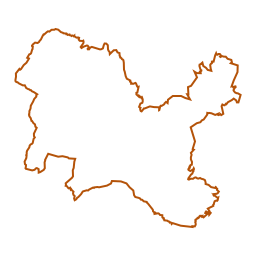 the district of Santa María de los Ángeles, Jalisco, Mexico
{"feature_id": "50627088B16620739147386", "entity_name": "Santa María de los Ángeles", "entity_type": "district", "adm_level": 2, "iso_a3": "MEX", "parent_name": "Mexico", "parent_adm1": "Jalisco", "projection": "natural_earth1", "projection_center": [-103.187, 22.191], "detail": "fine", "context": "isolated", "style": "outline", "palette": "amber", "viewbox_px": 256, "rotation_deg": 0, "n_neighbors": 0, "source": "geoboundaries", "source_scale": "gbopen_adm2", "svg_char_len": 5733}
<svg xmlns="http://www.w3.org/2000/svg" viewBox="0 0 256 256"><path d="M171.7,223.9L172.6,223.1L180.8,225.7L192.5,227.0L192.4,226.2L194.8,226.4L195.7,224.7L195.6,222.9L195.2,222.1L195.8,221.0L195.3,220.1L195.5,219.7L197.1,218.7L197.5,217.9L198.1,218.2L198.9,217.6L199.2,216.6L200.0,215.8L200.8,215.8L201.2,216.4L201.5,215.9L202.4,215.8L202.1,216.6L203.5,217.4L207.2,214.1L207.1,213.0L205.3,213.0L205.4,212.4L206.1,211.5L207.2,212.4L208.7,211.9L209.2,214.8L210.7,212.9L209.0,211.2L209.3,210.9L207.8,208.6L213.3,205.9L213.2,204.8L213.8,204.3L214.0,203.1L214.7,201.2L216.4,200.5L217.1,200.8L217.7,200.1L218.2,197.6L217.7,197.9L214.4,195.4L214.0,195.2L214.2,195.5L213.9,195.6L213.5,195.0L213.7,194.1L216.6,193.8L217.8,193.1L218.8,191.6L217.0,189.9L217.2,188.8L216.5,188.4L216.1,187.4L215.7,187.1L215.2,188.0L211.1,187.1L208.6,184.9L205.6,184.0L205.6,182.4L205.0,180.2L203.5,179.3L201.4,178.8L200.1,178.0L198.3,178.6L197.3,178.4L195.8,177.4L194.5,177.7L193.0,178.8L190.9,178.7L188.9,179.6L188.2,179.3L188.4,178.3L191.0,174.6L192.3,173.6L192.9,171.9L193.5,171.1L193.5,170.1L194.0,169.0L193.7,168.3L193.2,169.4L190.3,171.0L188.6,170.0L188.3,169.2L189.7,167.9L189.2,167.4L189.7,166.2L190.2,166.2L190.5,165.1L191.8,164.7L192.0,161.9L190.9,159.4L190.9,157.2L191.6,154.8L190.9,152.9L193.8,149.7L192.7,149.3L192.8,148.6L195.0,141.4L190.7,127.3L196.8,123.2L200.4,122.2L201.8,120.4L203.7,119.5L207.1,114.8L207.3,112.9L208.4,113.2L209.0,112.9L211.5,113.3L215.2,114.9L217.5,114.0L217.1,114.5L218.7,115.1L220.3,114.1L221.2,115.1L223.3,113.8L221.6,106.2L222.4,104.5L223.7,105.2L224.6,105.3L225.9,103.8L226.4,104.2L227.9,102.2L231.8,100.1L233.7,98.6L236.2,100.4L236.9,102.4L238.4,102.4L240.6,94.9L237.8,93.3L236.6,93.2L235.1,92.5L233.8,90.9L233.5,90.1L234.7,87.9L235.6,87.2L235.5,86.4L235.2,86.3L233.2,87.3L232.4,86.2L231.6,86.4L233.8,80.3L237.5,72.1L237.7,65.4L230.8,63.2L231.9,62.2L231.3,59.9L227.6,58.8L225.8,56.7L223.6,56.6L221.4,55.9L221.2,56.5L220.6,57.0L220.0,56.6L220.7,55.7L220.6,54.9L219.8,54.0L218.3,54.0L217.9,54.5L217.2,54.8L216.5,54.5L216.1,53.3L215.2,55.3L213.6,61.6L212.7,61.5L212.4,62.1L211.9,61.9L211.8,63.3L210.8,63.9L210.2,65.0L210.7,68.6L211.3,70.8L207.7,69.9L206.0,67.8L203.3,66.0L202.4,62.6L200.9,63.9L200.9,64.2L199.6,64.6L199.4,65.9L200.3,69.0L200.6,69.7L201.4,70.3L201.3,70.9L199.8,71.6L199.7,72.3L200.6,72.6L200.7,73.2L196.8,73.1L194.5,71.7L197.0,77.4L191.1,85.8L188.0,87.1L188.4,94.4L187.2,94.3L190.0,99.4L185.3,98.0L181.1,96.0L172.8,96.0L168.0,99.7L167.6,103.1L166.0,101.9L164.5,103.4L164.3,104.1L163.9,104.5L161.6,105.9L160.8,105.7L160.3,106.2L159.3,110.1L159.1,110.2L159.2,107.3L154.0,107.1L149.9,106.4L144.6,108.5L144.0,108.4L141.1,112.0L141.2,111.6L140.6,110.8L140.2,109.5L140.1,108.1L140.4,107.8L139.1,106.9L140.4,103.6L142.3,102.8L142.7,101.5L142.7,99.4L142.0,97.4L141.4,98.0L140.7,96.8L140.3,97.0L139.1,95.8L138.9,96.7L136.4,94.4L136.4,92.8L137.3,92.6L138.6,86.7L137.6,86.9L137.2,86.5L136.0,83.4L135.4,82.9L133.3,83.8L131.1,83.7L131.3,82.5L130.0,81.6L130.3,80.5L126.8,78.7L125.7,76.2L124.7,71.6L124.0,69.7L123.8,62.7L123.4,60.2L122.9,59.6L122.0,59.2L121.4,58.1L120.2,57.5L120.2,56.4L119.6,55.7L119.5,53.1L117.5,52.4L116.3,50.1L113.7,50.3L109.8,54.1L109.6,52.0L108.5,50.7L108.0,49.3L107.8,45.2L106.3,43.6L104.6,43.5L103.8,45.1L102.9,48.4L101.3,49.2L100.0,49.4L91.8,46.9L90.1,47.7L89.1,49.3L87.8,49.3L87.6,48.9L88.5,47.7L88.6,46.9L87.7,45.7L86.9,45.5L83.8,46.6L81.5,48.0L80.7,47.0L83.3,43.3L83.6,41.9L83.3,40.7L82.8,41.0L79.7,40.8L78.7,39.6L79.1,37.8L78.0,37.4L77.6,37.7L76.4,37.6L74.3,36.2L74.3,35.8L73.8,36.3L73.2,35.7L72.4,35.5L71.5,36.0L71.1,35.5L69.7,35.2L69.5,34.5L67.7,34.9L66.7,33.7L66.2,34.1L65.8,33.5L63.4,33.3L63.0,32.8L60.9,32.1L58.3,29.7L55.5,29.0L54.5,29.7L51.5,29.8L49.4,31.6L48.0,31.3L46.7,32.2L44.6,34.1L43.7,34.3L43.5,35.1L43.0,35.2L40.9,39.5L39.5,41.0L39.1,41.9L37.6,43.0L35.1,42.6L33.1,44.2L32.0,45.6L32.0,46.0L32.8,46.5L32.5,49.2L32.1,49.7L31.1,53.2L30.4,54.0L29.3,54.3L27.2,57.8L29.0,58.5L28.8,58.9L26.4,62.8L23.7,65.1L21.0,69.1L20.1,69.7L19.4,68.9L15.9,73.4L16.0,76.7L15.4,80.2L15.6,81.4L16.5,82.1L17.5,82.2L18.9,83.4L22.9,85.4L24.8,85.3L26.2,88.0L28.2,89.1L29.3,89.4L30.1,90.1L30.9,90.1L31.8,91.2L34.0,92.2L37.2,94.3L36.3,95.1L36.3,96.6L34.2,99.0L33.1,101.6L30.8,105.7L30.5,108.6L29.4,111.1L29.4,112.9L29.0,114.3L29.3,114.9L29.1,115.3L29.4,116.3L30.7,118.1L31.5,120.9L32.1,121.0L33.4,123.1L35.0,124.4L35.4,126.7L36.7,127.8L33.9,133.7L34.0,136.2L34.8,137.4L33.6,138.9L32.7,143.0L32.0,143.8L30.7,144.4L29.7,145.5L29.3,147.4L27.1,150.7L26.7,152.1L26.7,154.1L26.2,155.1L26.6,155.5L26.3,158.1L24.6,161.6L25.0,164.2L26.0,165.0L25.8,167.3L25.5,168.2L25.9,168.8L32.2,170.4L34.6,169.8L35.9,168.4L36.8,168.1L38.6,169.1L38.7,172.6L40.2,172.1L43.7,169.9L44.8,168.2L44.6,162.3L45.2,160.5L45.1,159.9L48.2,153.8L58.2,156.7L62.5,156.2L67.8,157.4L68.9,158.4L75.2,158.8L74.3,161.8L73.7,167.9L72.8,170.2L73.0,176.3L72.1,177.7L65.7,183.3L66.0,185.1L65.7,185.8L66.9,186.2L68.3,188.1L68.8,188.4L70.1,187.7L70.7,189.6L71.2,189.1L71.8,190.1L73.5,191.7L73.0,193.1L73.4,194.8L74.7,196.1L74.1,198.5L74.7,200.2L75.8,199.6L76.6,198.8L77.2,197.7L78.2,197.2L80.0,195.3L81.2,194.0L82.7,191.6L83.3,191.3L86.7,190.3L88.1,190.5L89.2,189.5L93.0,187.6L93.9,187.9L94.2,187.4L97.4,187.0L99.1,187.3L107.0,185.6L111.0,183.5L111.9,181.0L120.9,181.4L126.5,183.4L129.6,187.3L133.3,190.5L134.1,195.2L135.3,197.0L138.8,197.9L140.1,198.5L140.8,199.6L142.2,199.8L143.7,201.3L146.7,201.9L146.8,202.5L148.0,203.6L152.8,209.7L153.1,211.4L154.1,212.1L154.4,213.5L155.4,212.7L155.6,212.9L155.2,213.8L158.1,213.3L159.0,213.7L160.1,215.0L162.3,215.2L162.4,217.4L163.8,218.2L163.5,218.8L164.2,219.5L164.3,220.3L167.4,220.7L167.9,221.2L169.0,221.5L169.7,222.6L170.6,222.3L171.5,223.1L171.7,223.9Z" fill="none" stroke="#b45309" stroke-width="2"/></svg>